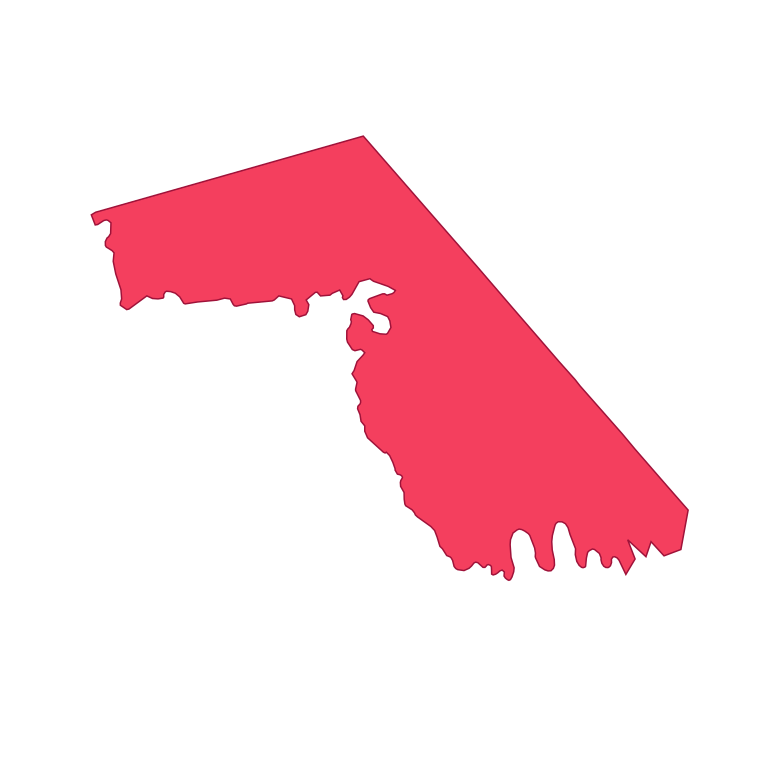 outline of Allegany, Maryland, United States of America, rotated 49°
{"feature_id": "52423323B81858638532101", "entity_name": "Allegany", "entity_type": "district", "adm_level": 2, "iso_a3": "USA", "parent_name": "United States of America", "parent_adm1": "Maryland", "projection": "robinson", "projection_center": [-78.645, 39.581], "detail": "fine", "context": "isolated", "style": "filled", "palette": "rose", "viewbox_px": 768, "rotation_deg": 49, "n_neighbors": 0, "source": "geoboundaries", "source_scale": "gbopen_adm2", "svg_char_len": 3587}
<svg xmlns="http://www.w3.org/2000/svg" viewBox="0 0 768 768"><g transform="rotate(49 384 384)"><path d="M183.3,237.0L123.7,364.2L65.2,488.9L64.3,493.9L74.5,497.6L75.8,495.4L76.3,491.8L76.8,488.2L78.0,485.9L79.6,484.9L83.2,484.3L91.1,491.6L92.2,495.2L92.1,497.2L93.7,500.9L96.7,503.4L98.5,503.7L105.0,501.7L107.9,501.7L113.8,507.9L124.9,514.2L140.3,520.7L147.7,526.2L149.9,529.9L151.6,531.3L158.0,529.6L159.0,529.4L160.1,527.3L161.9,505.2L167.6,502.6L171.5,498.7L174.2,494.4L173.9,493.2L171.9,491.5L171.0,488.7L171.3,487.3L174.3,484.4L178.6,481.9L184.2,481.0L191.7,482.2L193.1,481.5L199.7,471.0L211.1,455.1L214.6,448.0L219.0,444.2L224.9,445.6L226.8,445.6L228.5,444.2L233.4,435.1L233.5,434.0L247.9,413.9L248.6,411.7L248.5,405.6L257.9,398.9L259.2,398.0L266.2,400.0L269.5,402.8L273.7,404.9L277.7,403.8L280.4,397.5L279.1,393.8L274.8,388.7L269.5,387.6L269.8,375.7L270.9,374.2L275.9,374.1L281.5,366.5L281.6,363.6L284.0,355.8L290.4,357.1L291.5,358.7L293.7,359.1L295.4,357.0L295.8,353.0L295.3,349.4L290.4,335.7L295.3,325.5L296.5,325.3L299.6,324.5L312.9,316.9L320.8,314.0L321.5,316.4L321.2,318.6L318.9,323.5L316.3,324.4L315.0,326.0L310.1,338.9L310.1,340.7L310.9,341.7L317.6,344.0L323.1,344.6L328.5,340.4L335.5,337.0L340.2,338.2L345.9,341.7L348.1,348.1L347.9,349.7L343.5,354.1L336.7,358.2L334.9,357.4L334.7,355.3L332.9,353.8L325.3,353.8L318.9,355.1L311.5,360.0L310.4,362.0L310.4,362.7L313.6,366.9L315.5,367.7L316.8,369.3L318.5,372.8L318.7,375.1L319.4,377.1L325.6,382.6L328.5,384.1L337.2,385.3L339.8,384.1L342.4,379.0L343.9,378.3L347.8,378.0L348.5,381.0L349.4,389.6L354.2,397.7L355.3,401.4L355.7,401.5L364.0,402.9L365.2,403.4L369.2,408.8L370.5,409.8L381.1,412.5L382.6,413.8L383.3,415.0L383.7,418.3L385.4,420.2L391.4,422.2L397.1,425.8L403.0,426.0L407.0,429.5L412.6,431.3L413.8,431.7L435.1,429.2L436.8,428.4L437.0,427.0L441.7,426.7L448.9,428.7L455.4,431.3L456.2,432.1L460.8,433.0L463.2,431.3L464.9,430.9L466.4,431.2L467.0,432.0L467.9,434.7L469.1,436.3L471.9,438.4L472.1,438.6L479.0,440.0L484.3,444.4L488.3,447.0L489.2,447.2L490.0,447.5L497.5,445.3L501.2,445.5L503.4,446.2L506.4,445.9L522.3,442.1L527.8,441.9L534.3,444.3L543.2,448.3L546.7,448.0L554.6,449.2L558.0,447.5L559.4,447.4L562.2,448.0L567.7,450.8L570.3,450.9L572.4,450.2L577.3,446.0L578.9,440.7L578.8,437.3L578.1,433.5L578.6,431.7L580.4,430.4L587.3,429.6L588.6,428.2L588.5,426.6L588.2,425.1L588.6,423.8L590.6,422.7L592.2,422.7L595.0,424.9L598.1,427.5L599.7,426.9L600.8,424.5L601.1,422.1L601.1,419.2L601.9,416.9L604.8,416.5L607.7,419.4L610.2,419.7L612.7,419.2L614.1,418.5L614.6,416.9L613.6,414.0L610.8,409.3L608.1,406.4L598.2,401.9L588.0,394.2L584.5,390.7L581.1,384.4L581.4,379.4L582.1,377.2L584.3,375.5L587.2,374.3L591.6,373.2L593.9,373.3L606.6,377.9L611.0,380.6L613.5,383.1L614.7,383.7L623.7,386.3L629.7,384.6L632.7,382.8L634.5,380.5L634.3,377.2L632.6,374.2L628.2,370.7L619.6,365.9L613.0,360.8L608.8,356.3L603.8,349.1L602.5,347.0L602.0,345.2L602.3,342.8L604.9,340.0L608.5,338.7L613.1,339.3L619.6,342.3L634.0,347.5L638.3,351.6L644.4,354.9L648.9,355.7L651.9,355.2L653.2,354.3L654.0,352.5L653.8,351.4L648.1,345.4L644.9,341.1L644.5,340.0L644.5,338.2L645.3,334.9L647.0,333.7L653.2,332.6L657.6,334.2L659.1,335.6L662.2,337.2L665.7,337.7L667.9,337.0L669.5,335.4L669.8,334.2L669.7,332.3L668.1,329.5L665.4,327.3L664.7,324.7L665.8,323.1L668.3,322.1L671.2,322.2L686.4,326.4L680.8,309.3L661.4,302.3L686.2,299.6L678.2,285.9L697.4,285.4L703.7,268.5L678.7,237.2L646.8,237.3L597.5,237.3L578.3,236.9L513.8,237.3L506.4,236.9L481.5,237.2L452.4,237.1L411.9,237.0L356.6,236.7L284.9,236.9L183.3,237.0Z" fill="#f43f5e" stroke="#9f1239" stroke-width="1.5"/></g></svg>